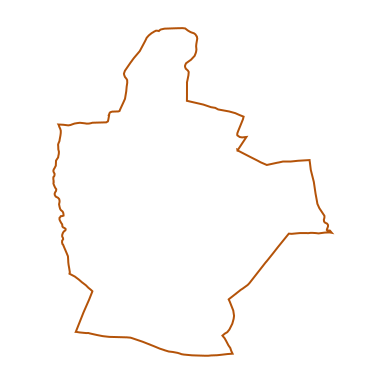 the district of Babati UrbanBabati Urban, Manyara, United Republic of Tanzania, rotated 178°
{"feature_id": "72390352B90089128995390", "entity_name": "Babati UrbanBabati Urban", "entity_type": "district", "adm_level": 2, "iso_a3": "TZA", "parent_name": "United Republic of Tanzania", "parent_adm1": "Manyara", "projection": "albers", "projection_center": [35.755, -4.214], "detail": "fine", "context": "isolated", "style": "outline", "palette": "amber", "viewbox_px": 384, "rotation_deg": 178, "n_neighbors": 0, "source": "geoboundaries", "source_scale": "gbopen_adm2", "svg_char_len": 4574}
<svg xmlns="http://www.w3.org/2000/svg" viewBox="0 0 384 384"><g transform="rotate(178 192 192)"><path d="M181.5,27.8L178.4,28.0L172.5,28.0L168.4,28.3L162.3,28.8L157.1,29.0L158.3,31.8L159.2,34.8L160.9,37.4L163.0,41.8L164.5,44.7L166.1,46.7L166.6,47.4L164.2,49.3L161.6,50.7L159.4,53.3L156.3,59.0L154.8,63.8L154.3,66.8L154.9,72.1L158.1,81.1L159.1,83.4L159.0,83.5L147.5,91.9L146.9,92.4L145.0,93.5L139.8,97.0L139.1,97.6L137.7,99.0L121.5,118.3L120.3,119.7L120.2,119.7L115.8,124.8L115.2,125.5L113.3,127.7L108.1,133.9L96.7,147.0L93.9,146.7L89.1,147.0L85.3,147.2L79.4,147.0L77.3,146.8L75.2,147.0L73.6,147.0L69.5,146.6L67.0,146.2L60.7,146.8L56.0,146.8L54.9,146.6L54.6,146.6L53.8,146.4L54.2,146.9L55.5,148.6L56.6,148.8L57.5,148.7L58.1,148.7L58.6,149.3L58.4,150.1L57.8,151.5L57.3,152.8L57.2,154.2L58.0,155.6L59.1,156.2L60.5,157.0L61.1,158.2L61.2,159.7L60.7,161.2L60.5,162.3L60.5,163.6L65.3,171.4L67.1,175.8L67.5,178.8L68.6,186.2L69.9,197.8L72.5,209.9L73.1,216.7L73.4,219.6L73.4,219.8L85.1,219.5L92.3,219.0L95.7,219.1L99.9,219.3L104.2,218.5L105.7,218.3L116.3,216.4L122.4,219.3L125.1,220.9L132.0,224.7L132.2,224.8L144.0,231.4L145.1,231.7L145.2,232.8L145.0,232.7L144.6,232.6L135.7,245.1L140.0,244.8L142.4,245.3L144.7,247.0L144.8,247.9L144.6,249.2L143.7,251.4L141.3,256.7L138.5,263.0L137.8,265.5L141.9,267.3L146.0,269.3L152.1,271.2L163.0,273.6L165.9,275.3L166.0,275.3L170.0,276.1L177.7,279.0L193.5,283.2L193.9,283.3L193.6,289.8L193.6,290.3L193.2,300.8L193.2,301.6L193.2,301.9L193.1,302.1L192.6,304.1L191.5,308.7L191.4,309.5L191.1,312.0L191.8,313.4L192.0,313.6L193.2,314.8L193.7,315.3L193.9,315.4L194.6,317.4L194.5,318.7L193.5,320.8L191.6,322.1L188.4,324.2L186.5,326.1L186.2,326.4L184.6,328.0L183.9,329.7L183.8,329.8L183.2,331.4L183.0,332.1L182.6,334.2L182.8,337.5L182.5,339.8L181.4,345.1L181.7,347.1L181.8,347.1L183.0,349.3L184.4,350.5L187.3,351.6L188.6,352.3L190.6,353.6L193.1,355.7L195.7,356.1L202.1,356.2L209.3,356.2L213.8,356.2L217.5,355.5L217.9,355.3L218.0,355.2L218.8,354.7L219.5,354.0L220.5,354.3L222.3,354.5L224.5,353.5L224.9,353.2L226.8,352.2L229.7,350.0L231.9,347.7L233.3,345.0L233.7,344.3L233.8,344.1L239.3,334.6L245.3,328.0L247.0,325.9L247.2,325.6L247.5,325.2L248.8,323.6L254.8,315.5L255.4,314.0L255.9,312.6L255.7,311.4L255.4,310.5L255.0,309.3L254.3,308.4L253.6,307.5L252.9,306.1L252.9,303.4L253.6,299.7L254.2,294.9L255.7,287.5L257.6,283.6L261.0,276.9L261.6,275.5L262.7,275.1L268.9,275.1L270.8,274.6L271.6,273.8L271.7,273.5L271.8,273.3L271.9,273.1L271.9,272.9L272.3,272.1L272.1,272.1L272.1,271.9L273.2,266.8L273.6,265.5L274.4,265.1L275.2,264.6L289.1,264.7L290.7,264.3L291.3,264.2L292.6,264.0L294.8,264.0L296.8,264.4L301.6,265.1L302.7,265.0L302.8,265.0L304.7,264.8L307.0,264.5L309.3,263.8L311.1,263.2L313.3,262.9L318.4,263.7L323.1,264.1L322.8,263.5L322.4,261.9L321.5,259.8L321.0,257.8L321.1,255.6L321.5,253.1L322.4,249.1L322.7,247.5L323.8,245.2L324.2,243.9L324.1,242.5L324.1,239.2L323.6,236.9L323.8,234.7L324.3,232.8L324.6,231.2L325.4,230.1L326.8,228.1L327.2,223.0L327.7,222.2L328.5,220.7L329.4,219.4L329.8,218.1L329.7,217.1L329.2,216.0L328.7,215.0L328.8,213.8L329.0,213.1L329.1,212.8L329.3,212.4L329.9,211.9L330.1,211.0L330.1,210.0L330.1,209.0L329.9,208.2L329.9,206.9L330.0,206.9L330.0,206.6L330.2,205.4L329.8,204.0L329.3,202.7L328.8,201.5L328.2,200.4L327.6,199.6L327.6,199.0L327.9,197.7L328.7,196.6L329.3,195.3L329.3,194.0L328.4,192.2L326.1,190.9L325.0,189.6L324.7,188.2L324.7,186.8L325.0,185.6L325.3,184.4L324.9,181.9L324.4,179.8L323.6,178.4L323.0,177.9L322.1,177.1L321.5,176.0L321.3,174.9L321.2,174.0L321.2,172.9L322.4,172.5L324.0,172.4L324.5,171.6L325.3,170.8L325.4,169.3L325.1,168.3L324.3,166.6L323.5,165.1L322.9,164.3L322.8,163.2L322.7,162.0L322.0,161.1L320.8,160.5L319.7,159.7L319.6,158.8L319.9,158.1L321.5,157.0L322.5,155.5L323.2,153.7L323.3,152.3L323.0,151.4L322.6,150.7L322.4,149.4L323.5,147.8L323.6,146.4L323.6,145.9L323.2,144.3L322.7,143.9L321.7,141.2L319.8,136.3L318.3,132.3L318.2,131.8L318.2,131.4L318.1,127.6L318.1,126.6L318.1,126.2L317.9,123.7L317.4,120.1L316.9,116.1L317.3,114.6L311.9,111.5L311.7,111.3L308.1,108.4L304.8,105.3L304.6,105.2L301.3,102.5L298.8,99.8L296.6,97.9L295.0,96.3L295.0,96.2L297.5,90.5L298.6,88.0L304.7,75.3L306.0,72.3L313.0,56.3L312.8,56.3L309.4,55.6L302.6,54.7L300.5,54.7L299.0,54.2L298.9,54.2L297.8,53.9L292.0,52.4L286.4,51.1L284.5,50.8L279.7,50.1L273.2,49.7L262.1,49.0L258.7,48.6L257.8,48.3L257.7,48.3L255.6,47.5L246.6,44.1L235.6,39.3L229.7,36.6L225.3,35.0L225.2,34.9L220.8,33.4L216.8,32.8L211.9,31.7L209.6,30.9L208.2,30.3L205.7,29.8L197.8,28.8L195.1,28.6L184.5,27.9L181.5,27.8Z" fill="none" stroke="#b45309" stroke-width="2"/></g></svg>